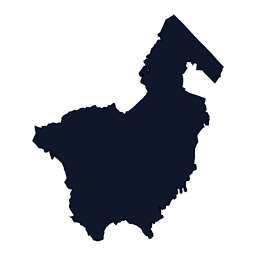 Phong Dien, Thừa Thiên - Huế, Vietnam
{"feature_id": "81297802B35670860897871", "entity_name": "Phong Dien", "entity_type": "district", "adm_level": 2, "iso_a3": "VNM", "parent_name": "Vietnam", "parent_adm1": "Thừa Thiên - Huế", "projection": "equal_earth", "projection_center": [107.309, 16.544], "detail": "fine", "context": "isolated", "style": "filled", "palette": "ink", "viewbox_px": 256, "rotation_deg": 0, "n_neighbors": 0, "source": "geoboundaries", "source_scale": "gbopen_adm2", "svg_char_len": 5852}
<svg xmlns="http://www.w3.org/2000/svg" viewBox="0 0 256 256"><path d="M149.2,238.1L149.7,237.9L150.9,237.9L151.1,237.2L152.5,236.4L152.7,235.7L152.4,234.6L152.7,233.7L152.6,233.3L151.6,233.2L151.4,232.6L151.5,231.9L151.2,231.1L150.0,229.6L149.1,229.0L149.1,228.6L149.3,228.5L150.3,228.3L150.4,227.2L151.3,227.1L151.1,226.1L151.6,224.5L151.4,224.1L150.6,223.9L150.7,223.2L151.9,222.8L151.9,222.1L152.3,221.5L152.8,221.4L153.3,221.8L153.5,223.0L154.0,223.3L154.3,223.2L154.4,222.4L154.3,221.9L154.6,221.1L155.8,221.4L156.5,220.6L157.6,220.7L158.7,219.6L159.5,219.2L159.8,218.6L161.9,217.9L162.9,217.1L162.9,216.5L162.4,215.8L162.0,215.8L161.5,216.2L160.9,216.1L160.4,213.4L160.4,209.4L160.0,208.5L159.0,208.3L158.9,208.0L159.0,206.8L159.4,206.4L160.1,207.5L161.5,208.8L162.7,209.1L163.6,208.2L164.5,208.6L165.0,208.2L165.3,207.8L165.4,205.5L165.8,204.8L166.3,204.7L166.9,205.0L168.8,204.8L169.0,204.6L170.4,200.6L171.2,200.0L172.7,197.6L173.8,197.9L173.9,198.6L174.4,198.8L175.9,197.4L175.5,195.4L176.2,194.0L177.0,193.8L177.4,193.0L176.8,189.5L176.9,188.4L177.2,188.2L178.9,188.1L180.5,189.2L180.3,190.6L180.4,192.4L180.9,193.0L181.5,192.8L181.8,191.7L181.7,190.5L181.3,189.6L181.7,187.7L182.4,186.9L183.2,186.8L184.0,187.5L184.5,190.2L185.0,191.1L185.8,191.4L186.5,190.3L186.3,189.3L185.2,186.8L185.1,186.1L185.4,181.2L186.1,180.6L188.2,180.2L188.9,179.7L189.4,178.8L188.6,176.0L189.2,174.9L189.8,174.2L191.7,172.9L191.9,172.6L192.0,171.4L192.5,170.4L193.6,170.3L195.7,169.2L196.0,168.9L196.1,168.5L195.6,164.9L193.5,164.2L193.4,163.9L194.2,157.3L194.2,151.7L194.1,150.9L194.3,148.4L195.5,145.9L195.6,145.2L196.4,143.6L197.4,142.3L197.5,141.5L197.0,138.3L196.7,137.2L196.6,135.3L196.9,134.6L199.8,130.5L202.0,127.9L203.0,127.0L203.8,126.8L202.5,123.4L202.7,122.8L203.6,122.9L204.5,122.3L205.1,122.9L205.9,124.6L208.1,124.9L208.3,123.1L208.2,121.1L209.0,119.6L208.7,119.4L208.5,118.4L208.8,117.6L208.9,116.7L208.7,116.2L208.0,115.7L208.2,115.4L207.2,113.1L206.6,113.0L205.6,112.2L204.6,112.1L204.5,111.7L204.5,110.6L205.9,109.7L205.4,106.1L203.6,103.6L204.6,100.9L204.9,98.9L194.9,95.3L192.9,94.9L188.4,93.1L184.0,90.6L184.6,89.0L181.6,87.3L182.5,82.2L182.6,78.9L181.5,73.8L183.6,72.8L186.8,67.9L185.4,66.9L185.0,66.2L185.2,65.4L186.0,63.7L186.2,60.8L186.4,60.5L187.0,61.3L187.6,61.5L189.9,61.4L189.5,60.1L190.5,59.5L191.2,60.7L191.9,62.8L192.8,64.2L193.7,62.1L194.5,62.8L194.9,62.5L195.7,62.6L197.6,63.8L196.9,69.5L202.7,69.6L205.0,72.7L208.3,75.7L214.9,82.5L219.3,76.0L219.8,76.5L220.2,76.0L219.4,75.3L220.0,74.0L219.7,73.6L221.8,70.3L221.2,69.6L222.9,66.9L217.8,61.7L211.6,54.6L206.1,48.9L205.4,48.0L199.8,42.6L192.2,34.6L182.8,24.3L173.7,15.4L173.1,16.4L171.9,16.7L168.1,19.2L166.3,20.0L160.4,33.6L160.2,34.0L159.6,33.5L159.1,34.5L158.6,34.1L158.2,34.7L159.1,36.3L159.7,36.1L160.9,37.4L160.8,38.0L161.3,38.5L161.2,40.1L160.1,40.5L158.6,40.3L157.5,41.3L156.6,43.9L155.0,44.8L154.1,46.9L153.5,47.6L152.1,48.6L151.7,50.1L151.1,51.2L150.7,53.4L149.6,54.9L148.4,55.1L146.7,56.5L147.0,57.3L147.8,57.4L148.3,57.1L149.4,58.5L148.3,59.3L146.5,59.2L145.1,60.8L144.3,61.0L144.4,62.2L145.6,64.0L146.5,63.9L147.2,64.4L147.2,65.1L148.8,67.9L148.9,69.3L149.4,70.8L148.8,71.4L148.8,71.9L148.3,72.5L148.1,72.1L147.5,71.9L147.1,70.9L147.2,68.7L146.2,66.2L145.9,65.9L145.5,66.3L144.0,66.7L143.0,68.5L139.4,73.2L140.0,75.2L140.5,75.9L141.0,76.1L141.9,76.0L143.4,73.9L143.0,75.7L141.1,81.2L141.0,82.0L141.8,82.8L145.2,84.5L146.1,86.0L146.4,88.3L148.6,91.6L147.1,93.5L147.5,94.1L144.9,96.8L143.0,99.2L140.6,101.1L132.4,109.1L130.0,110.5L128.4,112.2L127.0,111.8L126.7,112.0L126.2,113.0L124.6,115.0L124.4,115.6L123.9,114.7L123.3,114.3L122.4,113.0L119.8,112.5L116.3,109.4L114.8,106.8L114.7,105.0L114.5,104.1L113.6,103.6L111.8,105.0L110.9,106.2L109.1,105.7L108.1,106.4L107.8,107.5L107.6,107.7L106.4,107.9L104.2,107.5L102.6,108.7L101.8,109.0L99.7,107.9L99.0,108.6L98.3,108.1L97.1,108.1L96.0,107.0L95.4,105.9L94.9,105.7L93.5,106.4L92.4,106.6L91.7,107.4L89.9,108.2L87.0,107.6L86.4,108.1L85.3,109.5L84.8,109.4L83.8,108.5L81.9,108.5L80.1,109.1L78.7,110.2L76.3,111.3L74.9,110.5L70.8,112.3L69.4,112.2L67.7,114.1L65.8,114.9L63.5,116.3L62.0,118.6L62.5,120.0L61.6,121.8L61.4,123.5L58.7,123.1L57.8,123.7L56.4,124.1L52.9,123.1L51.0,124.3L49.0,124.2L46.8,126.9L44.9,126.5L43.9,126.6L43.4,126.9L42.4,126.7L41.9,128.3L41.4,128.9L40.4,128.3L37.9,127.8L35.4,126.5L35.4,128.0L36.3,132.4L36.2,134.0L33.7,139.2L33.1,141.0L34.7,142.3L37.3,145.2L38.7,147.1L40.2,147.8L41.0,147.0L41.5,146.9L42.1,148.1L43.9,148.5L44.5,149.7L44.8,151.3L45.2,151.7L45.9,152.0L47.2,151.6L48.5,150.6L48.9,150.8L50.3,150.3L50.5,150.9L50.1,152.4L50.3,153.4L51.5,156.6L52.0,158.6L52.3,158.8L52.8,158.0L53.7,155.8L54.2,155.7L55.2,156.2L58.4,158.8L62.8,163.2L63.4,165.2L64.0,166.3L64.4,166.7L64.7,169.6L65.7,171.1L67.3,177.7L67.1,179.2L65.0,182.4L66.2,183.9L67.8,187.2L68.5,187.9L70.5,188.7L72.1,188.4L72.7,189.7L72.6,190.6L71.6,191.8L70.9,193.9L71.0,195.1L71.7,196.3L71.5,197.4L71.0,198.4L70.2,199.2L69.6,200.5L69.7,201.1L70.4,202.6L70.4,203.3L69.6,206.4L70.5,208.9L74.2,214.4L74.5,215.1L74.4,215.7L73.3,216.8L71.2,217.1L72.4,217.9L73.9,220.9L74.5,221.5L77.8,221.8L79.8,222.4L80.6,223.2L80.7,224.2L81.0,224.5L82.5,224.8L85.3,227.0L86.3,227.4L87.1,227.3L86.2,228.9L86.6,230.1L87.8,231.9L88.7,234.9L90.4,234.8L91.1,235.2L91.3,236.4L92.5,237.2L93.1,238.6L93.8,239.4L94.6,240.0L96.2,239.9L96.7,240.5L97.6,240.6L99.3,240.1L100.0,240.2L101.4,239.3L102.4,239.4L102.7,239.1L103.0,238.3L102.8,236.5L103.4,233.7L103.8,232.8L103.5,231.9L103.7,230.3L105.8,226.8L109.7,223.2L113.7,221.3L115.0,223.5L116.0,224.3L117.3,222.3L117.8,222.0L118.6,222.0L120.0,221.6L122.7,219.6L123.7,220.2L125.4,219.3L126.5,219.7L129.0,222.6L130.1,223.3L131.0,223.4L132.0,222.7L133.1,223.5L137.4,225.2L140.7,227.5L142.3,229.3L143.5,232.2L145.4,234.4L146.8,235.5L148.1,235.6L148.7,236.3L149.2,238.1Z" fill="#0f172a" stroke="#020617" stroke-width="1.5"/></svg>